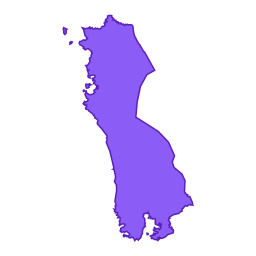 Zambales, Zambales, Philippines
{"feature_id": "2640588B17055181338626", "entity_name": "Zambales", "entity_type": "district", "adm_level": 2, "iso_a3": "PHL", "parent_name": "Philippines", "parent_adm1": "Zambales", "projection": "mercator", "projection_center": [120.051, 15.306], "detail": "fine", "context": "isolated", "style": "filled", "palette": "violet", "viewbox_px": 256, "rotation_deg": 0, "n_neighbors": 0, "source": "geoboundaries", "source_scale": "gbopen_adm2", "svg_char_len": 5741}
<svg xmlns="http://www.w3.org/2000/svg" viewBox="0 0 256 256"><path d="M192.4,204.4L192.6,203.0L189.8,196.6L187.6,196.3L187.1,195.5L187.7,194.9L185.3,193.6L185.4,192.7L184.5,191.9L185.0,180.6L182.0,174.1L174.0,167.4L172.3,162.1L174.5,155.7L168.5,142.2L158.2,131.4L135.8,117.1L137.2,101.9L140.4,86.5L146.9,74.6L154.7,70.3L144.8,52.5L143.3,50.9L139.8,44.9L138.2,42.9L134.7,36.2L133.6,32.4L133.0,26.9L132.4,25.4L131.0,24.7L128.4,24.9L127.6,24.3L126.5,24.9L125.8,24.3L124.3,25.5L123.7,25.2L123.6,24.2L121.4,24.2L121.6,23.5L120.7,23.0L119.0,23.0L118.8,23.6L118.1,21.9L117.1,21.7L116.9,22.4L116.3,21.6L115.8,21.5L115.8,20.3L114.8,20.5L113.9,19.2L113.1,19.7L113.5,18.4L111.9,17.2L111.8,15.7L111.2,15.4L108.3,15.6L107.6,16.1L107.4,18.3L105.6,19.6L105.4,20.8L106.7,21.2L107.0,21.9L105.1,22.0L105.1,22.9L104.2,23.1L104.9,24.6L104.8,25.4L103.8,26.3L102.2,26.4L100.7,28.6L99.0,29.1L97.3,28.3L96.2,28.9L95.3,28.0L94.4,28.9L93.2,29.2L92.2,27.6L90.2,28.7L90.1,27.2L89.7,26.9L88.2,28.4L87.1,28.2L85.7,28.7L82.4,27.8L83.6,29.6L85.1,35.8L86.1,36.2L86.4,38.0L87.2,38.2L86.8,38.5L86.7,39.5L85.8,40.3L86.0,40.8L85.4,40.1L84.4,40.5L84.1,39.9L83.2,40.0L81.4,41.2L79.7,41.6L79.2,43.3L80.1,44.9L81.4,45.3L82.8,46.5L83.9,48.5L83.4,47.1L83.6,47.0L84.5,48.7L83.9,48.7L85.1,49.8L85.8,49.8L86.8,48.8L88.3,48.7L91.5,51.4L91.9,52.5L91.5,52.4L91.8,53.8L91.1,55.1L91.2,56.7L90.8,57.5L89.9,57.8L89.4,59.0L89.9,60.8L89.7,62.0L87.6,65.3L85.7,65.5L87.1,67.9L87.3,70.1L88.8,70.1L88.3,70.6L87.6,70.5L88.6,74.0L87.9,76.2L88.2,77.0L89.1,77.2L88.3,77.8L89.6,77.3L90.7,78.7L89.6,77.3L90.0,76.4L90.5,76.7L90.0,76.3L90.2,75.6L93.3,74.9L94.8,75.5L94.7,77.4L93.7,78.1L92.7,78.1L92.2,78.8L93.6,79.4L93.5,79.9L92.8,80.4L92.8,80.5L93.8,80.3L94.4,81.3L94.8,80.8L94.9,81.5L94.0,82.0L93.7,83.2L94.1,82.8L94.8,83.3L95.4,84.7L96.4,85.5L98.0,85.6L97.8,86.7L96.6,86.4L96.7,86.9L98.0,87.6L98.2,88.4L97.8,88.7L97.3,88.0L96.4,88.1L96.8,88.9L95.9,88.7L95.7,89.3L94.0,90.2L93.8,90.9L94.5,91.5L94.1,92.8L94.4,92.8L93.2,94.1L90.4,94.6L88.9,94.5L86.4,92.6L86.3,91.1L85.6,91.3L85.9,92.5L85.0,94.1L85.5,95.6L86.7,98.3L87.8,98.6L88.0,99.5L88.6,99.9L88.1,99.8L87.7,100.9L85.7,102.0L84.5,101.4L84.4,102.7L83.7,102.7L83.2,103.4L83.6,104.3L84.4,104.4L84.9,105.3L86.1,105.0L85.8,105.4L86.8,106.4L85.5,108.1L85.9,109.1L88.4,109.9L88.9,111.0L92.2,113.5L93.9,115.8L94.7,116.1L95.1,118.3L96.6,118.8L97.5,119.7L98.0,120.8L97.3,122.4L97.4,124.0L101.9,129.0L107.2,136.1L107.2,136.9L106.6,137.7L107.0,137.8L107.0,139.3L106.3,142.5L109.9,151.3L113.7,167.2L113.7,169.0L113.2,169.2L114.0,169.4L115.5,176.0L115.4,178.4L114.4,181.5L116.3,184.6L116.6,187.7L116.5,191.5L114.9,201.2L116.1,205.0L115.9,205.7L115.3,205.8L115.5,209.1L114.8,209.6L114.2,209.4L114.8,210.3L114.4,211.2L115.1,211.6L115.3,212.7L116.7,212.2L117.7,212.9L117.1,214.2L116.5,214.4L116.6,215.2L117.3,215.1L118.5,216.1L117.6,217.8L118.2,217.9L119.3,217.1L120.2,217.8L120.0,220.1L119.3,221.3L120.0,222.9L119.2,224.9L119.5,225.5L122.2,223.9L124.6,224.1L125.1,224.9L123.8,226.9L122.0,227.4L120.7,228.4L121.0,229.7L120.2,230.3L120.3,231.3L121.1,231.7L121.4,232.3L121.9,231.9L122.6,232.1L123.5,231.8L124.3,231.9L124.5,232.4L126.1,231.4L127.3,231.7L128.3,232.9L129.2,233.2L129.8,234.5L129.4,235.6L128.7,235.4L127.5,236.0L126.9,235.7L126.9,236.6L127.9,236.5L129.1,237.7L130.7,237.9L132.6,237.0L134.0,238.9L134.6,240.6L136.6,238.7L138.2,240.1L138.5,239.4L139.3,239.1L139.4,238.5L140.4,238.2L141.1,237.0L141.0,236.2L142.5,233.3L142.4,231.8L143.0,228.9L144.0,227.6L144.0,226.9L145.4,226.6L144.9,224.5L144.0,224.5L144.9,224.2L145.3,223.0L144.9,222.9L144.8,222.3L144.8,219.1L143.1,216.4L143.8,215.0L143.6,214.0L145.4,213.2L145.9,213.5L146.8,213.0L146.8,213.6L146.9,213.0L147.5,213.5L148.0,212.8L148.0,213.3L149.0,213.6L149.2,216.0L150.8,216.7L150.4,217.7L150.9,218.6L153.1,219.0L153.3,218.4L154.1,218.4L155.3,219.0L155.1,220.3L155.6,221.2L155.1,222.2L155.4,223.8L155.9,223.2L155.7,224.1L159.3,225.9L159.5,225.3L159.0,225.3L159.0,224.7L159.2,224.8L159.6,224.7L159.0,224.4L159.8,224.4L158.8,224.3L159.0,223.9L159.3,223.8L159.3,224.1L159.4,223.8L159.5,224.1L159.5,223.7L159.6,224.1L159.5,223.7L160.0,223.7L160.3,225.1L160.7,224.7L160.6,225.1L161.2,225.0L160.9,226.2L160.5,226.2L160.9,226.6L160.6,227.8L161.1,228.0L160.5,227.9L160.7,228.3L159.3,229.7L158.6,228.3L156.0,228.8L154.5,227.4L154.0,228.1L154.9,228.8L154.9,229.3L153.4,230.0L153.6,230.7L156.0,231.6L157.4,231.7L158.0,232.4L156.9,233.4L155.0,233.2L155.4,233.7L155.1,234.1L154.0,234.0L153.6,233.5L153.2,234.4L154.4,235.0L153.6,235.4L152.2,235.2L150.4,236.0L151.9,237.4L151.3,238.2L151.8,238.6L152.7,238.4L154.8,239.6L157.3,239.4L157.4,240.5L157.8,240.5L159.8,238.6L158.4,238.5L157.9,237.7L158.3,237.3L159.4,237.3L161.0,238.4L162.7,238.1L165.5,236.9L167.6,234.7L173.2,232.8L173.5,230.2L172.4,228.9L171.9,228.9L172.2,228.4L171.6,227.0L170.4,227.5L169.5,227.4L169.5,225.8L169.1,225.9L168.9,225.1L170.2,225.0L169.9,224.3L170.4,224.0L170.3,223.3L169.8,223.0L169.7,221.6L169.1,221.1L168.9,220.0L168.5,219.9L169.1,218.6L169.9,218.2L169.1,217.6L169.5,217.0L173.7,214.6L178.5,213.5L180.7,211.7L182.0,211.4L182.2,208.6L183.0,208.5L185.1,205.7L187.1,206.2L189.1,204.6L190.8,205.1L191.3,204.8L192.8,205.1L192.4,204.4ZM63.7,27.7L63.2,28.8L63.8,31.2L63.8,33.2L64.9,34.5L66.1,33.4L66.3,29.5L66.9,29.2L63.7,27.7ZM89.7,83.8L87.2,84.5L86.0,84.1L85.7,85.8L86.5,88.1L87.9,88.0L89.0,87.4L89.2,87.0L88.8,85.9L91.0,84.8L89.7,83.8ZM71.1,41.6L69.9,42.3L69.9,44.2L71.6,43.3L72.3,42.0L71.1,41.6ZM123.8,234.6L123.3,235.8L124.0,236.8L126.1,235.5L123.8,234.6ZM84.8,90.4L83.7,90.1L83.3,90.6L83.5,91.5L85.0,90.9L84.8,90.4ZM147.0,233.2L147.1,234.6L148.2,234.4L148.1,233.5L147.0,233.2ZM148.7,217.3L148.3,217.7L148.4,218.2L148.9,218.3L148.7,217.3ZM126.9,236.0L126.1,235.7L126.0,236.0L126.9,236.0Z" fill="#8b5cf6" stroke="#5b21b6" stroke-width="1.5"/></svg>